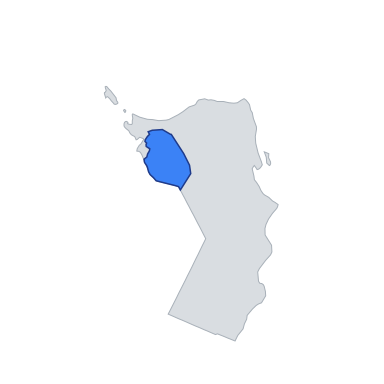 where Al Dhahira sits in Oman, rotated 315°
{"feature_id": "OMN-2414", "entity_name": "Al Dhahira", "entity_type": "Region", "adm_level": 1, "iso_a3": "OMN", "parent_name": "Oman", "parent_adm1": "", "projection": "albers", "projection_center": [55.739, 23.003], "detail": "fine", "context": "in_parent", "style": "filled", "palette": "blue", "viewbox_px": 384, "rotation_deg": 315, "n_neighbors": 0, "source": "natural_earth", "source_scale": "10m", "svg_char_len": 3595}
<svg xmlns="http://www.w3.org/2000/svg" viewBox="0 0 384 384"><g transform="rotate(315 192 192)"><path d="M117.1,327.8L115.5,324.0L113.9,320.3L112.4,316.6L110.8,312.9L109.7,310.3L107.8,309.4L106.7,306.6L105.6,303.8L104.5,301.0L103.3,298.2L102.2,295.3L101.1,292.5L99.9,289.7L98.8,286.9L97.7,284.1L96.6,281.2L95.5,278.4L94.4,275.6L93.2,272.8L92.1,270.0L91.0,267.1L89.9,264.3L88.8,261.5L92.6,260.3L97.2,258.8L101.8,257.3L106.4,255.8L111.0,254.2L115.6,252.7L120.2,251.2L124.8,249.7L129.4,248.1L134.0,246.6L138.5,245.1L143.1,243.5L147.7,241.9L152.3,240.4L156.8,238.8L161.4,237.2L165.9,235.7L168.7,234.7L169.9,231.0L170.9,227.9L171.9,224.8L172.9,221.7L173.8,218.6L174.8,215.5L175.8,212.4L176.8,209.3L177.7,206.2L178.7,203.0L179.7,199.9L180.6,196.8L181.6,193.7L182.6,190.6L183.5,187.5L184.5,184.4L185.4,181.3L186.3,178.5L184.7,175.7L182.5,172.0L180.2,168.2L178.0,164.6L176.4,161.9L174.5,158.7L174.8,154.6L174.7,152.6L174.9,149.4L176.8,145.1L178.9,139.6L180.5,135.9L181.8,132.7L182.9,130.1L183.5,127.5L183.2,125.6L182.5,124.9L181.9,124.0L184.0,122.6L187.8,121.7L189.9,121.9L192.8,121.2L195.2,120.6L195.3,119.8L194.7,118.4L193.7,116.3L190.4,116.1L189.4,115.6L190.6,112.6L190.5,111.6L190.1,110.5L189.6,108.6L189.8,106.2L190.5,104.5L190.5,103.2L190.2,100.5L190.3,98.0L191.0,96.8L192.2,95.7L193.4,95.1L194.6,95.1L195.5,95.6L195.9,96.9L195.7,97.8L195.0,97.9L194.8,98.3L195.7,100.0L197.1,101.6L198.2,101.4L199.5,100.0L200.7,99.0L202.3,98.0L203.5,96.2L204.5,95.0L205.4,94.9L208.0,102.2L211.9,109.1L215.3,112.9L218.9,118.0L224.4,122.8L226.9,124.4L236.9,127.6L242.5,128.8L250.1,129.8L255.3,132.4L257.1,132.5L259.8,131.7L261.9,131.7L266.9,135.1L268.5,138.5L270.6,140.2L272.5,142.9L273.8,145.8L278.2,150.2L281.3,155.1L284.4,158.8L287.2,161.0L291.4,161.8L294.8,162.8L295.2,165.2L294.9,168.5L294.4,170.9L291.4,175.6L290.7,178.5L287.4,183.4L283.7,191.4L282.0,193.2L276.0,197.5L271.6,202.5L266.3,211.2L262.4,219.8L260.9,222.5L257.6,223.2L255.4,223.0L253.9,222.2L254.4,219.9L254.8,217.3L252.8,217.6L251.0,218.1L247.0,224.6L244.8,227.4L244.4,230.9L243.4,235.5L241.8,239.7L241.1,243.3L241.2,245.3L242.5,250.2L242.6,255.2L243.4,258.2L244.0,261.8L242.1,262.9L240.4,263.5L233.8,264.0L227.1,265.2L221.3,267.3L217.8,269.4L213.3,274.1L210.6,285.9L206.1,290.9L203.1,292.0L195.8,292.4L185.5,293.8L181.9,295.0L175.9,302.2L175.4,304.5L176.6,306.1L176.9,307.9L176.4,309.6L173.6,314.2L170.7,317.5L162.8,319.5L159.9,318.2L157.2,317.6L152.1,317.5L143.8,318.2L140.7,320.6L135.8,322.3L131.3,324.9L122.9,325.8L117.1,327.8ZM203.0,76.0L202.5,76.7L201.8,76.8L200.1,76.2L199.1,74.9L199.3,73.4L199.4,70.5L199.8,67.8L199.7,64.9L198.4,64.3L197.5,64.5L199.6,60.5L200.4,59.8L201.2,60.1L203.1,59.6L204.2,57.4L205.0,56.2L205.8,56.4L206.3,57.1L206.0,60.4L206.0,63.2L204.9,71.7L203.8,73.2L203.2,74.4L203.0,76.0ZM267.5,227.7L265.9,228.2L265.4,228.0L265.3,224.4L269.1,219.9L271.5,214.7L273.4,219.2L270.4,221.9L268.8,226.3L267.5,227.7ZM202.7,87.7L201.6,88.4L200.8,88.3L201.0,86.8L201.4,85.8L202.5,85.8L202.8,86.5L202.7,87.7Z" fill="#d9dde1" stroke="#a8b0b8" stroke-width="1"/><path d="M174.6,158.7L174.9,154.6L174.7,150.6L174.8,149.7L175.6,147.0L178.1,142.7L178.7,141.0L179.2,138.2L179.5,137.3L180.0,136.5L180.9,135.5L181.3,134.9L184.8,135.3L187.5,133.7L190.9,132.8L192.7,131.6L191.8,127.5L192.9,126.1L194.5,125.3L194.5,123.0L195.9,122.0L199.7,121.2L202.7,121.2L203.6,118.4L207.5,120.2L215.2,126.9L217.6,136.0L218.1,136.6L213.3,158.9L209.2,171.3L204.1,178.1L185.9,182.2L185.2,182.3L186.2,179.1L186.2,178.5L185.9,177.9L184.6,175.5L182.5,172.0L180.4,168.5L178.3,165.0L176.2,161.5L174.6,158.7Z" fill="#3b82f6" stroke="#1e3a8a" stroke-width="1.5"/></g></svg>